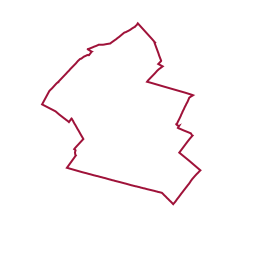 the district of Stoicanesti, Olt, Romania, rotated 151°
{"feature_id": "2599482B66370938976982", "entity_name": "Stoicanesti", "entity_type": "district", "adm_level": 2, "iso_a3": "ROU", "parent_name": "Romania", "parent_adm1": "Olt", "projection": "natural_earth1", "projection_center": [24.65, 44.228], "detail": "fine", "context": "isolated", "style": "outline", "palette": "rose", "viewbox_px": 256, "rotation_deg": 151, "n_neighbors": 0, "source": "geoboundaries", "source_scale": "gbopen_adm2", "svg_char_len": 5517}
<svg xmlns="http://www.w3.org/2000/svg" viewBox="0 0 256 256"><g transform="rotate(151 128 128)"><path d="M113.1,215.0L114.5,215.1L116.7,215.3L117.1,215.4L117.7,215.5L118.4,215.6L119.9,215.7L121.3,215.9L122.3,216.0L123.7,216.2L124.9,216.5L125.0,216.4L124.9,216.1L124.0,214.6L123.8,214.1L123.1,213.0L122.7,212.4L122.8,212.4L123.1,212.3L123.3,212.2L124.7,211.5L125.2,211.3L125.8,211.1L126.1,211.0L126.2,210.9L126.7,210.6L126.9,210.6L127.1,210.8L127.3,210.9L127.6,211.1L127.7,211.3L127.8,211.4L128.0,211.4L128.3,211.5L128.8,211.6L129.0,211.6L129.4,211.6L129.7,211.6L130.1,211.6L130.4,211.6L130.6,211.7L131.1,211.7L131.4,211.7L131.6,211.8L131.8,211.8L132.0,211.8L132.4,211.7L132.5,211.7L132.8,211.7L134.0,211.5L134.6,211.4L135.2,211.3L135.3,211.3L135.7,211.5L135.8,211.5L136.4,211.6L136.5,211.6L136.9,211.5L137.0,211.5L138.0,211.2L139.0,211.0L139.9,210.7L141.2,210.2L142.2,209.8L150.3,207.4L150.5,207.3L151.2,207.0L152.4,206.6L152.9,206.5L154.2,206.1L155.3,205.7L167.1,202.0L167.1,201.9L167.4,202.0L168.2,201.8L169.1,201.6L170.9,201.0L174.7,199.7L176.0,199.3L177.0,199.1L178.8,198.5L179.1,198.4L179.5,198.1L184.2,195.1L191.7,190.3L183.3,177.7L181.6,173.1L178.8,166.6L178.6,166.3L178.5,166.0L178.3,165.4L178.0,164.8L177.6,163.9L177.4,163.6L177.2,163.0L177.0,162.6L177.0,162.4L176.8,161.8L175.3,162.5L174.5,162.9L173.9,163.2L172.8,163.7L172.7,163.5L172.7,163.3L172.7,162.8L172.7,162.5L172.7,162.1L172.7,161.6L172.6,160.6L172.7,159.8L172.7,158.2L172.7,157.1L172.6,156.3L172.6,155.9L172.6,155.7L172.6,155.3L172.6,154.9L172.6,152.9L172.6,151.4L172.6,150.8L172.5,150.3L172.5,149.7L172.5,149.0L172.5,148.4L172.5,147.9L172.5,147.1L172.5,145.5L172.4,141.1L172.4,140.3L172.4,140.0L181.2,137.1L184.1,136.1L185.3,135.6L184.9,134.8L184.7,134.2L184.7,133.9L186.2,132.4L186.5,131.6L186.8,130.8L187.1,129.9L187.1,129.7L186.9,129.3L200.7,122.8L189.5,111.6L187.6,109.8L186.5,108.8L185.0,107.3L184.3,106.6L183.4,105.8L182.3,104.7L181.8,104.2L181.6,104.0L181.1,103.5L180.5,102.9L180.1,102.6L179.5,102.0L179.0,101.5L177.9,100.6L177.5,100.2L177.0,99.7L175.8,98.5L175.5,98.2L175.1,97.9L174.2,97.0L173.8,96.6L173.5,96.3L173.0,95.9L172.5,95.4L171.9,94.9L171.8,94.7L171.5,94.4L170.9,93.8L170.7,93.6L170.5,93.4L170.3,93.2L170.1,93.0L169.8,92.7L169.5,92.4L169.2,92.1L168.8,91.7L168.4,91.4L168.1,91.0L167.9,90.9L167.3,90.2L166.6,89.6L165.8,88.9L165.4,88.5L165.0,88.0L164.5,87.6L164.2,87.3L164.1,87.2L162.9,86.1L162.4,85.6L161.5,84.8L161.1,84.4L158.6,82.0L158.2,81.6L157.0,80.5L156.6,80.1L155.6,79.1L155.3,78.8L153.3,76.8L152.9,76.4L152.6,76.1L152.0,75.6L151.7,75.3L151.3,74.9L150.3,74.0L149.8,73.5L149.5,73.2L149.0,72.9L148.4,72.3L148.0,71.9L146.4,70.5L146.1,70.1L145.8,69.8L145.4,69.4L144.9,69.0L143.9,68.0L143.1,67.3L142.7,67.1L142.6,66.9L142.2,66.5L141.7,66.0L141.0,65.3L140.0,64.4L137.8,62.4L136.5,61.2L135.6,60.4L135.0,59.8L134.2,59.0L133.3,58.2L133.0,57.8L131.6,56.6L129.9,55.0L129.9,54.9L129.7,54.7L129.4,53.6L129.1,52.6L129.0,52.0L128.6,50.8L128.1,49.2L128.0,48.6L127.4,46.6L127.2,46.1L126.9,44.8L126.7,44.1L126.2,42.7L126.1,42.1L126.0,41.9L125.9,41.5L125.7,40.8L125.6,40.3L125.5,39.8L125.4,39.5L125.0,39.7L124.2,39.9L124.0,40.0L123.2,40.3L121.9,40.8L121.3,41.1L120.5,41.5L119.9,41.8L119.5,42.0L118.7,42.3L117.6,42.8L117.0,43.0L115.8,43.6L115.3,43.8L114.8,44.0L113.9,44.5L113.5,44.6L113.4,44.7L111.2,45.6L110.8,45.8L108.5,46.8L108.0,47.0L106.4,47.7L106.0,47.9L105.4,48.1L104.3,48.6L102.9,49.2L101.8,49.6L101.0,50.0L100.6,50.2L100.0,50.5L99.1,51.0L98.8,51.2L97.6,51.7L97.3,51.9L96.3,52.3L93.0,53.5L91.2,54.1L90.0,54.5L89.1,54.7L88.1,55.0L86.9,55.4L86.6,55.5L85.2,55.9L88.4,64.4L90.1,69.0L93.8,78.3L95.1,81.6L82.2,87.4L81.4,87.7L79.3,88.6L77.4,89.3L75.2,90.1L75.6,90.7L75.6,90.8L75.6,91.0L75.6,91.6L75.6,92.0L75.6,92.8L77.4,95.1L80.5,98.9L81.5,100.2L82.6,101.7L83.8,103.1L84.3,103.9L82.4,105.0L82.5,105.0L82.7,105.4L83.2,106.0L83.4,106.3L83.5,106.4L83.6,106.8L83.7,107.1L83.8,107.3L83.9,107.5L84.0,107.8L83.9,107.9L83.6,107.7L82.9,108.1L82.2,108.7L81.7,109.0L81.4,109.3L80.9,109.6L78.1,111.5L76.0,113.0L75.5,113.4L75.4,113.5L75.1,113.8L74.8,114.0L74.5,114.2L73.5,114.9L73.0,115.2L72.8,115.4L72.7,115.6L71.8,116.2L71.1,116.7L70.0,117.4L69.6,117.7L69.0,118.2L68.6,118.5L68.0,118.9L67.7,119.1L67.5,119.3L67.2,119.4L66.8,119.7L66.3,120.0L65.9,120.3L65.7,120.5L64.8,121.1L64.3,121.4L64.2,121.4L63.7,121.7L63.4,122.0L62.5,122.6L62.0,123.0L61.8,123.2L61.5,123.4L60.2,124.4L59.9,124.7L59.6,124.8L59.3,124.9L59.0,124.9L58.6,124.9L58.4,124.9L57.9,125.0L57.2,125.1L56.6,125.1L55.8,125.0L55.5,125.2L55.3,125.2L55.8,125.8L57.2,127.3L60.9,131.2L61.7,132.0L68.3,138.6L76.1,146.4L86.8,157.2L88.9,159.2L87.4,159.9L86.7,160.1L84.8,160.7L81.5,161.7L77.9,162.8L74.5,164.0L72.3,164.5L70.6,164.7L67.8,165.1L70.5,169.3L66.6,170.5L66.4,170.7L65.6,176.5L65.2,178.4L63.5,189.6L62.9,189.6L63.9,194.4L64.5,196.9L67.5,209.7L68.7,214.8L69.1,214.6L69.5,214.3L69.9,214.1L70.4,213.9L70.7,213.8L71.1,213.7L71.5,213.6L71.8,213.6L72.3,213.4L72.9,213.1L73.1,213.1L74.3,213.2L75.5,213.1L76.1,213.1L77.0,213.0L77.5,212.9L77.9,212.9L78.7,212.8L79.1,212.8L80.1,212.8L80.6,212.8L82.1,212.9L82.9,212.9L83.4,212.9L83.8,213.0L84.3,213.1L84.7,213.2L85.0,213.2L85.3,213.2L86.2,213.0L86.9,212.9L87.9,212.7L90.5,212.2L91.4,212.0L92.3,211.9L93.9,211.7L95.2,211.4L96.5,211.3L97.5,211.2L98.3,211.1L99.3,211.0L100.1,210.9L101.0,210.8L101.8,210.7L102.3,210.5L102.5,210.5L104.7,211.3L105.5,211.6L106.4,211.9L107.0,212.1L107.9,212.4L108.3,212.5L109.6,213.0L109.9,213.2L110.0,213.2L111.1,213.8L111.6,214.1L112.2,214.5L112.9,214.8L113.1,215.0Z" fill="none" stroke="#9f1239" stroke-width="2"/></g></svg>